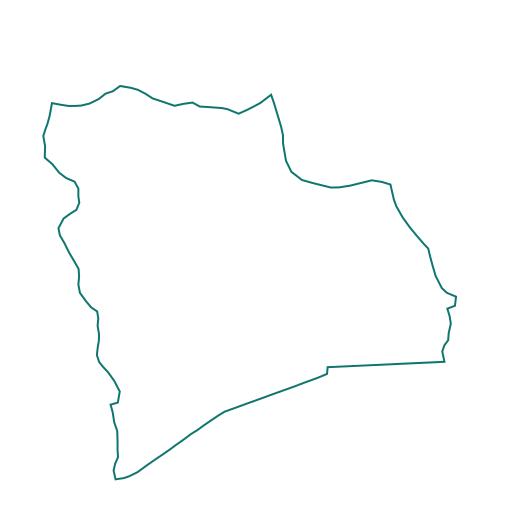 the district of Cajueiro da Praia, Piauí, Brazil, rotated 349°
{"feature_id": "56859067B66814431717617", "entity_name": "Cajueiro da Praia", "entity_type": "district", "adm_level": 2, "iso_a3": "BRA", "parent_name": "Brazil", "parent_adm1": "Piauí", "projection": "natural_earth1", "projection_center": [-41.374, -2.991], "detail": "fine", "context": "isolated", "style": "outline", "palette": "teal", "viewbox_px": 512, "rotation_deg": 349, "n_neighbors": 0, "source": "geoboundaries", "source_scale": "gbopen_adm2", "svg_char_len": 1755}
<svg xmlns="http://www.w3.org/2000/svg" viewBox="0 0 512 512"><g transform="rotate(349 256 256)"><path d="M301.6,100.6L289.5,106.6L282.4,108.8L275.4,110.8L266.1,113.0L255.8,106.3L250.5,104.2L236.5,100.4L229.4,98.6L223.0,93.3L214.0,92.8L204.7,93.0L198.1,89.2L190.0,84.6L184.6,81.6L178.5,75.7L171.9,70.4L165.2,67.0L155.0,63.2L146.9,67.0L139.3,67.9L131.6,71.9L121.6,74.6L113.1,75.0L107.2,74.2L100.5,72.9L92.7,70.1L84.9,67.0L80.1,79.2L76.7,86.1L73.5,91.4L70.1,97.6L69.9,108.1L67.4,119.1L73.7,127.1L78.8,136.9L84.6,143.3L92.1,148.4L94.5,156.0L93.0,163.5L92.7,170.0L88.5,176.4L81.5,179.1L74.3,182.5L67.4,191.0L67.4,198.2L70.5,207.1L73.1,216.7L76.8,227.2L79.4,234.9L78.5,242.1L76.2,250.1L76.1,258.5L80.3,267.6L84.3,274.9L89.5,280.1L89.3,287.0L87.2,294.3L87.0,302.8L85.5,309.4L83.0,316.1L80.9,323.0L81.8,330.1L84.6,335.5L88.5,341.7L93.0,351.5L96.4,363.0L92.4,373.5L84.9,374.2L85.5,382.2L85.1,392.4L86.4,401.3L84.6,412.2L83.0,420.5L82.2,427.1L78.2,432.8L75.3,439.3L75.5,448.4L83.9,448.8L89.5,448.0L98.4,445.6L108.6,440.8L115.6,437.7L121.6,435.1L127.3,432.7L134.3,429.6L141.4,426.2L149.5,422.6L158.1,418.4L165.5,415.6L171.8,412.6L178.5,409.7L188.3,405.5L195.6,402.8L236.5,396.4L246.5,394.8L262.2,392.4L268.2,391.5L279.7,389.5L292.5,387.5L303.2,385.3L305.1,378.8L420.8,395.8L420.6,385.3L423.8,379.7L428.6,375.3L430.4,368.6L434.3,359.6L434.6,352.3L433.8,344.2L441.8,342.8L444.6,334.1L436.4,328.6L432.3,323.0L428.5,309.8L427.5,299.0L426.8,289.2L426.5,281.6L423.3,276.6L417.5,266.5L412.3,256.9L407.3,246.0L403.3,234.2L402.1,226.9L401.6,211.5L393.7,207.3L384.1,203.8L361.8,204.9L350.7,204.5L342.6,203.1L325.4,195.1L315.7,190.2L306.8,180.2L303.6,168.2L304.0,150.9L305.5,142.6L305.3,133.8L302.8,109.0L301.6,100.6Z" fill="none" stroke="#0f766e" stroke-width="2"/></g></svg>